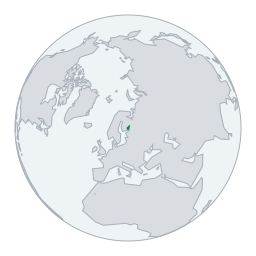 the Earth from above South Karelia, rotated 333°
{"feature_id": "FIN-3188", "entity_name": "South Karelia", "entity_type": "Province", "adm_level": 1, "iso_a3": "FIN", "parent_name": "Finland", "parent_adm1": "", "projection": "orthographic", "projection_center": [28.093, 61.258], "detail": "fine", "context": "on_globe", "style": "filled", "palette": "green", "viewbox_px": 256, "rotation_deg": 333, "n_neighbors": 0, "source": "natural_earth", "source_scale": "10m", "svg_char_len": 10850}
<svg xmlns="http://www.w3.org/2000/svg" viewBox="0 0 256 256"><g transform="rotate(333 128 128)"><circle cx="128" cy="128" r="113" fill="#eef3f6" stroke="#a8b0b8"/><path d="M51.9,45.0L53.4,43.6L70.2,32.5L58.1,39.7L62.6,36.3L68.2,32.8L67.4,33.5L74.4,30.3L79.9,27.8L88.3,26.2L93.6,29.1L90.4,29.7L92.1,30.5L96.2,29.8L98.5,29.2L109.8,32.4L123.4,32.8L127.8,30.9L126.8,33.1L135.2,28.2L142.6,27.9L134.1,29.6L133.2,30.8L138.2,31.2L138.4,32.5L140.9,33.6L140.6,35.2L135.7,36.3L135.4,37.4L139.0,37.6L140.9,39.6L135.7,39.1L138.7,42.4L130.9,45.2L117.2,43.2L112.8,46.8L98.4,50.2L99.7,51.6L95.0,54.0L94.6,56.5L92.0,56.6L94.0,58.5L96.4,58.0L98.1,58.7L98.1,60.2L94.8,60.5L94.3,59.8L93.4,60.7L91.7,60.2L92.6,61.3L88.6,61.6L92.5,63.5L89.3,65.7L86.7,65.3L87.0,62.4L81.7,55.0L79.2,54.0L75.2,55.4L67.7,63.9L64.8,64.2L60.9,66.7L62.4,67.7L66.0,66.2L67.9,69.1L72.1,67.0L73.5,68.0L77.8,67.2L77.0,70.5L74.0,74.2L70.4,75.0L69.0,76.8L72.3,78.7L65.6,83.0L61.0,90.9L59.3,91.8L56.0,88.4L56.2,81.4L51.9,77.7L54.6,83.4L50.2,85.8L49.4,87.7L49.6,89.6L51.2,90.0L49.7,91.6L46.5,86.4L47.8,84.8L48.8,86.5L48.9,83.3L46.7,80.0L44.6,81.7L43.5,75.6L42.0,76.7L41.0,76.2L43.4,74.7L39.0,77.3L37.4,71.7L31.3,76.6L37.4,69.2L39.6,65.3L41.8,61.1L40.8,61.8L45.0,55.8L46.5,52.2L43.7,53.7L39.6,58.3L35.2,64.5L35.5,64.8L33.2,69.1L31.5,70.0L26.9,78.8L25.6,81.1L29.6,73.1L34.3,65.4L39.6,58.1L45.5,51.3L51.9,45.0ZM22.3,89.1L22.2,89.4L20.4,94.7L20.3,95.8L19.6,99.8L18.4,102.9L19.0,103.1L17.9,107.4L17.3,118.0L17.1,117.8L16.4,130.5L17.6,142.1L17.8,146.8L17.5,147.0L18.4,150.9L18.4,151.9L23.6,167.6L27.8,177.3L28.7,180.4L27.3,178.5L23.9,170.9L21.0,163.1L18.6,155.0L16.9,146.8L15.9,138.5L15.4,130.2L15.5,121.8L16.3,113.4L17.7,105.2L19.7,97.1L22.3,89.1ZM29.9,77.6L24.8,89.5L26.1,84.2L26.1,84.9L27.7,81.5L30.2,76.1L31.8,71.9L29.9,77.6ZM31.1,79.5L31.9,77.7L31.4,79.3L31.1,79.5ZM99.5,28.8L96.3,29.7L92.5,29.9L95.2,28.9L99.5,28.8ZM106.7,29.1L105.3,29.8L103.6,28.6L104.9,28.5L106.7,29.1ZM130.9,29.3L128.2,29.3L130.8,28.8L130.9,29.3ZM141.3,33.4L142.0,33.0L143.0,33.7L141.3,33.4ZM77.9,65.5L77.8,66.3L77.0,66.0L77.9,65.5ZM79.8,64.4L78.9,63.5L79.7,62.8L80.2,63.4L79.8,64.4ZM143.5,37.0L144.9,38.4L142.6,37.1L143.5,37.0ZM80.6,65.8L81.2,61.8L82.6,60.7L85.7,62.1L80.6,65.8ZM145.1,39.3L148.6,42.8L150.4,42.1L147.0,46.2L145.3,41.7L142.2,40.3L144.5,40.3L145.1,39.3ZM97.2,57.2L94.6,57.8L96.7,56.0L97.2,57.2ZM98.1,55.8L102.3,49.3L106.1,49.2L103.9,51.4L108.9,50.3L108.7,53.4L105.9,54.7L103.5,54.1L105.3,55.8L98.1,55.8ZM144.6,48.0L144.7,49.0L143.7,48.1L144.6,48.0ZM98.9,58.8L99.4,57.5L102.7,57.3L102.3,60.0L101.4,59.2L98.9,58.8ZM110.2,48.5L112.6,48.9L113.2,51.5L114.2,52.0L109.0,53.5L110.2,48.5ZM100.6,60.0L102.1,61.4L100.5,62.8L98.6,60.2L100.6,60.0ZM103.8,56.1L105.3,56.2L104.3,57.0L103.8,56.1ZM95.8,69.0L96.3,67.3L98.1,67.0L95.8,69.0ZM102.7,61.8L103.2,61.3L104.0,61.0L104.6,62.2L102.7,61.8ZM109.7,55.2L109.4,56.3L111.9,54.8L112.3,56.8L108.8,57.4L110.5,58.0L110.7,58.6L107.6,58.4L109.7,55.2ZM107.5,62.7L103.1,64.3L101.8,67.5L100.1,67.8L102.6,62.6L107.5,62.7ZM107.8,60.2L107.2,61.8L105.5,61.3L104.8,59.9L107.8,60.2ZM113.9,57.9L114.1,54.7L114.9,54.7L113.9,57.9ZM107.4,63.7L108.4,63.3L107.5,63.9L107.4,63.7ZM112.3,59.8L112.3,58.6L113.1,58.6L112.3,59.8ZM110.6,63.5L109.2,63.9L108.7,63.0L110.6,63.5ZM111.6,61.8L112.9,62.1L109.3,62.4L111.5,61.3L111.6,61.8ZM113.1,60.0L113.6,59.6L113.0,60.5L113.1,60.0ZM113.2,66.8L108.9,67.4L107.9,65.2L112.2,65.0L113.2,66.8ZM107.1,238.7L105.6,238.4L97.4,234.3L100.5,232.8L99.4,230.5L90.8,222.2L92.7,218.7L90.4,216.2L85.6,215.2L82.9,211.9L80.0,210.8L61.9,203.5L56.4,196.9L50.0,180.9L53.3,178.4L54.0,172.5L76.9,162.8L81.6,166.5L99.5,169.6L101.7,171.0L99.5,176.1L112.8,184.9L117.2,181.1L129.4,185.0L137.6,184.4L140.7,174.1L127.3,174.9L125.1,169.8L135.9,164.8L147.6,164.0L147.1,162.0L139.8,158.3L142.6,154.0L137.3,156.6L139.4,158.6L136.1,160.4L134.0,158.7L135.1,157.2L131.6,156.5L127.4,164.1L129.1,166.9L119.8,168.0L121.7,172.9L119.2,175.0L115.0,167.5L115.5,164.8L107.7,155.8L106.4,158.7L113.6,167.5L111.3,166.6L109.6,170.8L109.1,166.9L101.5,156.8L93.2,156.4L82.5,164.1L77.7,162.9L73.8,158.6L77.9,148.3L88.1,152.2L89.7,148.8L87.8,142.2L91.1,144.0L91.6,141.9L95.5,143.0L101.1,139.1L105.1,139.6L107.5,133.1L109.9,132.5L107.8,136.5L108.5,139.6L118.4,140.8L120.4,139.5L121.1,135.2L123.8,136.2L123.2,131.9L129.0,130.4L121.5,128.7L122.2,123.9L125.8,120.4L124.7,118.6L118.8,124.3L117.7,127.0L118.9,129.7L114.7,136.9L111.3,137.6L110.6,129.1L105.6,129.4L107.2,122.9L122.0,110.8L128.0,108.6L137.7,114.9L136.2,118.0L132.0,117.3L135.7,122.4L135.5,119.8L137.7,120.7L138.9,116.6L140.5,117.0L138.9,112.4L141.0,112.5L142.0,115.4L145.6,109.6L150.0,108.7L150.0,107.2L148.8,105.9L155.2,105.8L155.0,104.7L152.8,104.3L150.8,101.9L149.9,97.7L152.2,97.9L152.8,99.4L157.6,103.1L159.0,107.3L159.8,107.0L159.2,103.4L153.3,98.9L152.1,96.3L155.2,98.0L154.0,97.2L154.1,96.0L156.3,95.0L153.1,93.0L151.3,80.1L155.5,77.1L158.4,80.0L159.5,71.7L164.1,69.4L162.0,69.0L161.2,65.0L159.8,65.6L158.7,65.2L155.9,55.6L157.0,53.7L153.5,49.5L152.4,49.3L151.4,50.4L147.0,46.2L150.4,42.1L152.6,42.6L153.3,39.8L158.2,41.6L162.6,42.0L167.7,45.8L170.7,45.9L170.6,44.8L174.6,44.2L183.3,47.0L176.8,49.5L163.8,47.0L169.1,48.3L168.1,49.5L170.1,50.9L173.8,51.9L174.2,51.1L180.9,60.8L190.2,67.1L189.2,62.6L191.4,61.3L201.1,65.4L213.4,80.9L216.4,80.0L218.5,81.4L220.0,85.5L217.0,83.4L216.0,85.6L214.2,83.9L215.5,90.0L212.9,87.9L215.3,93.8L217.4,93.9L217.2,89.2L220.4,95.5L223.6,94.0L227.1,96.9L231.8,110.5L232.0,119.9L232.7,121.5L231.2,123.2L231.6,129.4L236.3,130.0L237.0,132.0L236.5,141.8L236.1,140.6L232.2,145.1L233.2,150.8L236.2,148.4L237.3,150.4L235.8,153.7L234.4,152.2L233.0,153.7L232.2,149.3L228.7,146.0L227.0,151.5L225.9,148.9L220.8,147.9L217.7,155.6L213.6,171.3L215.0,178.4L212.8,184.1L205.2,179.7L201.6,173.8L198.9,176.9L191.0,174.8L177.7,182.1L175.7,180.6L173.2,182.9L167.6,182.8L164.5,180.0L161.2,181.4L169.4,188.6L172.9,186.9L175.8,181.8L177.4,184.7L182.8,185.2L177.1,195.9L157.2,209.1L155.1,203.9L139.3,189.1L139.7,186.9L139.7,186.7L139.5,186.3L138.1,189.9L135.4,186.5L143.9,198.2L145.4,203.1L156.9,209.5L155.8,210.5L159.5,211.3L171.1,205.6L171.2,207.4L165.8,216.8L149.6,229.0L151.7,232.9L150.5,235.8L140.4,238.6L141.2,239.5L135.9,240.2L135.6,240.4L135.0,240.4L125.6,240.6L116.3,240.0L107.1,238.7ZM68.9,171.2L68.3,172.9L68.9,171.2ZM160.1,168.0L167.1,166.1L163.8,160.3L166.2,159.2L164.1,157.7L163.5,159.9L158.5,155.6L161.4,152.6L160.5,149.7L158.1,150.3L153.6,156.6L160.6,162.7L159.1,166.0L160.1,168.0ZM17.3,118.3L17.1,120.1L17.1,118.4L17.3,118.3ZM25.5,84.5L24.8,86.7L24.1,88.2L24.5,86.7L25.5,84.5ZM21.6,102.3L21.2,105.0L21.3,102.7L21.6,102.3ZM24.1,91.4L21.9,100.3L22.1,96.1L23.6,90.6L23.0,93.7L24.1,91.4ZM29.8,80.0L29.2,81.4L28.8,81.5L29.8,80.0ZM30.7,80.8L30.9,80.3L31.5,79.3L30.7,80.8ZM50.4,86.1L50.6,86.6L50.4,88.6L49.7,87.9L50.4,86.1ZM54.1,96.7L51.6,99.0L52.9,96.8L51.5,96.1L52.6,90.7L58.5,92.0L55.6,92.3L54.1,96.7ZM55.6,84.0L54.3,87.2L55.5,83.7L55.6,84.0ZM90.5,129.4L91.7,131.5L90.1,133.7L85.1,133.5L87.3,130.3L90.5,129.4ZM93.9,133.9L94.6,125.8L97.7,125.8L95.8,127.1L97.8,127.9L95.3,130.4L97.7,138.4L96.4,140.9L87.8,138.9L91.3,138.2L89.9,136.1L93.9,133.9ZM90.8,106.7L91.1,103.5L97.5,107.4L96.5,109.9L91.4,109.7L89.6,106.7L90.8,106.7ZM86.0,69.3L85.7,68.1L86.6,68.0L87.6,68.8L86.0,69.3ZM95.9,68.2L88.1,74.3L87.4,73.2L83.7,78.2L80.4,77.4L82.9,74.2L77.6,77.4L78.5,74.2L75.1,76.8L81.0,69.6L81.7,66.9L82.2,70.2L85.3,70.9L86.8,70.5L91.5,67.2L94.3,62.1L97.7,62.1L99.4,63.6L99.3,64.8L97.1,64.3L98.5,66.4L95.2,66.6L95.9,68.2ZM117.2,82.5L114.8,81.0L117.0,85.9L113.7,85.9L114.2,86.4L111.7,87.8L109.6,90.5L108.1,90.1L107.9,91.3L106.3,92.3L105.5,93.9L102.6,93.7L101.4,95.7L100.7,94.5L99.5,98.0L99.1,95.3L97.0,96.5L98.5,98.4L84.7,94.2L79.1,94.7L74.8,96.7L74.7,92.0L78.8,87.3L84.7,83.4L90.1,83.6L89.1,81.6L91.3,81.1L91.2,82.9L92.7,79.9L94.6,80.0L99.9,77.0L101.0,72.7L103.0,71.6L103.5,73.3L105.1,71.0L107.3,73.6L108.8,72.8L112.4,74.7L112.4,78.7L114.0,77.6L116.9,79.1L117.2,82.5ZM114.2,67.5L115.0,72.0L113.5,74.3L107.8,70.0L106.2,70.3L102.5,67.9L104.6,64.6L105.5,65.6L106.8,65.8L105.6,66.8L107.6,66.2L108.9,67.6L110.7,67.5L110.5,69.0L114.2,67.5ZM104.3,169.4L106.0,170.0L108.7,170.2L107.7,172.9L104.3,169.4ZM99.0,162.6L100.6,162.6L100.4,166.4L98.6,165.9L99.0,162.6ZM101.6,159.5L100.7,162.3L100.1,160.5L101.6,159.5ZM109.3,136.3L111.0,136.0L111.1,137.1L110.1,138.5L109.3,136.3ZM123.1,97.4L121.9,96.0L122.4,95.5L121.9,91.6L124.3,91.4L125.5,93.6L123.1,97.4ZM138.3,176.1L135.9,178.3L134.7,177.4L135.8,176.9L138.3,176.1ZM121.0,176.4L124.9,177.8L120.7,177.1L121.0,176.4ZM125.6,96.5L125.1,94.9L126.6,95.8L125.6,96.5ZM126.0,91.0L127.8,91.7L124.5,90.9L126.0,91.0ZM169.4,230.3L161.3,235.5L156.1,237.0L155.3,236.7L158.5,234.1L164.6,231.7L167.7,229.4L169.4,230.3ZM237.1,156.0L237.6,154.1L237.9,152.5L237.1,156.0ZM237.5,154.4L235.8,159.0L231.4,160.9L233.0,157.7L237.2,152.2L237.0,153.7L238.0,151.4L237.5,154.4ZM239.8,141.9L239.4,144.3L239.2,143.3L239.4,140.6L239.8,138.1L239.8,123.1L240.1,121.0L240.5,126.3L240.6,125.6L240.6,128.1L239.8,141.9ZM215.5,178.6L218.0,180.2L216.6,182.5L215.5,178.6ZM238.7,115.4L239.4,121.7L238.4,114.9L238.7,115.4ZM237.4,110.2L237.9,111.2L237.5,111.6L237.4,110.2ZM233.7,123.3L233.4,126.2L232.8,125.4L232.9,121.2L233.7,123.3ZM229.7,99.6L231.7,102.1L232.3,103.5L231.2,103.2L229.7,99.6ZM145.3,93.4L143.4,98.9L143.7,102.9L146.3,105.3L141.8,104.5L141.4,98.2L145.3,93.4ZM150.3,81.6L148.0,79.8L149.5,79.1L150.2,79.5L150.3,81.6ZM148.6,81.6L144.9,82.1L143.9,80.1L147.0,80.1L148.6,81.6ZM135.2,89.2L134.5,90.8L133.3,90.0L135.2,89.2ZM239.2,110.2L239.1,111.2L239.5,114.7L238.1,106.4L238.5,106.8L239.2,110.2ZM238.2,108.4L238.7,111.6L237.9,107.3L238.2,108.4ZM238.5,111.6L238.0,110.4L237.9,108.6L238.5,111.6ZM238.1,107.1L237.1,104.3L237.6,104.6L238.1,107.1ZM236.5,108.2L237.4,106.2L237.3,110.8L234.7,106.5L234.6,104.0L236.5,108.2ZM219.6,77.3L218.2,76.7L217.4,74.3L218.6,75.4L219.6,77.3ZM213.3,66.4L216.7,73.5L219.2,79.5L219.5,78.5L222.2,81.6L220.3,82.1L216.8,76.4L215.4,72.2L212.9,70.1L210.4,66.3L207.5,64.9L205.6,62.9L207.9,62.9L213.3,66.4ZM206.2,64.5L200.1,61.3L199.6,57.8L200.8,57.7L203.8,60.6L203.9,62.3L206.2,64.5ZM198.5,59.6L198.5,61.2L189.7,61.0L187.7,60.1L194.1,58.1L194.5,59.6L196.8,60.4L198.5,59.6ZM145.9,48.9L144.8,49.0L145.4,48.2L145.9,48.9ZM157.9,65.6L156.6,64.8L157.4,63.9L157.9,65.6ZM153.4,62.1L153.4,63.8L152.4,61.9L153.4,62.1ZM153.8,67.5L153.0,64.4L155.1,67.5L153.8,67.5Z" fill="#d9dde1" stroke="#a8b0b8" stroke-width="1"/><path d="M129.9,126.8L129.8,127.0L129.6,127.2L129.6,127.3L129.4,127.5L129.2,127.8L129.1,128.0L128.8,128.2L128.7,128.3L128.6,128.5L128.4,128.6L128.2,128.8L128.1,129.0L127.9,129.2L127.7,129.0L127.6,128.9L127.4,128.9L127.2,128.7L127.1,128.4L127.2,128.2L127.3,128.2L127.2,127.9L126.9,127.8L127.0,127.8L127.2,127.7L127.3,127.7L127.5,127.8L128.1,127.8L128.2,127.7L128.3,127.6L128.5,127.6L128.7,127.4L128.8,127.5L128.9,127.4L129.0,127.4L129.3,127.2L129.8,126.8L129.9,126.8Z" fill="#22c55e" stroke="#15803d" stroke-width="1.5"/></g></svg>